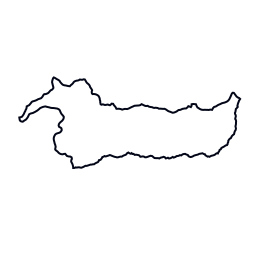 Nova Ponte, Minas Gerais, Brazil, rotated 275°
{"feature_id": "56859067B80558453593269", "entity_name": "Nova Ponte", "entity_type": "district", "adm_level": 2, "iso_a3": "BRA", "parent_name": "Brazil", "parent_adm1": "Minas Gerais", "projection": "orthographic", "projection_center": [-47.697, -19.247], "detail": "fine", "context": "isolated", "style": "outline", "palette": "ink", "viewbox_px": 256, "rotation_deg": 275, "n_neighbors": 0, "source": "geoboundaries", "source_scale": "gbopen_adm2", "svg_char_len": 5879}
<svg xmlns="http://www.w3.org/2000/svg" viewBox="0 0 256 256"><g transform="rotate(275 128 128)"><path d="M129.0,18.8L127.8,19.1L126.4,19.5L125.5,20.3L125.2,21.2L125.1,22.6L126.0,23.6L126.7,24.5L127.5,25.6L128.9,26.6L130.2,27.3L131.8,27.9L133.1,28.4L133.9,29.7L134.4,31.1L134.7,32.0L135.4,33.1L136.0,34.1L136.6,34.9L137.3,35.9L138.1,36.8L139.1,37.8L140.2,38.8L140.8,39.9L141.5,41.2L142.0,42.7L142.3,43.9L142.0,45.3L141.7,47.6L141.4,49.1L141.3,50.7L141.4,51.8L141.3,54.1L141.2,55.7L140.7,57.3L139.7,58.5L138.5,59.1L137.2,59.8L136.0,60.7L135.2,61.6L134.5,62.3L133.7,63.0L132.6,63.1L131.5,62.9L130.6,62.5L129.4,61.7L128.5,60.8L127.7,60.0L126.9,59.4L125.8,58.8L124.3,58.7L123.2,59.2L122.6,60.6L122.1,61.5L121.1,62.0L119.8,62.1L118.9,61.6L118.0,61.0L117.3,60.0L116.7,58.5L116.1,57.1L115.2,56.1L114.2,55.6L112.8,55.1L111.6,54.9L110.4,55.0L109.4,55.2L108.6,55.5L107.5,55.9L106.2,56.3L104.8,57.0L103.8,57.3L102.9,57.6L101.7,57.4L100.5,57.3L99.7,57.8L99.0,58.9L98.3,60.0L97.4,60.9L96.8,61.8L96.3,62.9L96.1,64.1L96.1,65.3L96.6,66.4L96.8,67.7L96.0,68.5L94.9,69.5L94.5,71.2L94.5,73.1L93.8,74.4L92.3,74.8L91.0,74.3L89.7,74.3L88.7,74.8L87.8,75.5L86.7,76.0L85.7,76.4L84.8,76.7L83.4,76.9L83.6,78.4L84.2,79.2L84.1,80.5L84.5,81.7L84.6,82.9L84.4,83.8L84.4,85.1L85.1,86.5L85.9,87.8L86.6,88.8L86.7,90.2L87.3,91.7L87.9,93.0L88.3,93.9L88.4,95.0L88.8,96.2L88.9,97.3L89.7,98.2L90.6,99.5L91.3,100.9L92.2,101.6L93.4,101.8L93.9,103.4L94.9,104.1L95.7,104.6L96.8,105.0L97.3,106.2L98.0,107.0L97.7,108.2L98.1,109.2L98.8,110.9L99.5,112.3L99.2,113.5L98.8,114.7L98.4,116.1L98.1,117.3L98.0,118.4L97.8,119.4L97.9,120.5L98.5,122.0L98.9,123.2L98.9,124.3L99.6,125.1L100.3,126.2L100.8,127.4L101.4,128.4L102.9,129.4L103.6,130.5L103.0,131.5L102.6,132.9L103.3,133.8L102.5,134.6L102.7,135.8L101.8,137.0L102.1,138.4L102.0,140.0L101.8,141.3L101.2,142.1L100.4,142.8L100.6,143.7L101.0,145.1L100.9,146.3L100.3,147.6L100.5,148.9L101.0,150.1L101.7,151.5L102.3,152.9L102.1,154.6L101.2,155.8L100.4,157.0L100.4,158.7L100.6,160.6L100.4,161.9L101.3,163.1L101.8,164.7L102.4,165.9L102.1,167.2L101.0,168.3L101.4,169.4L101.9,170.4L101.2,171.5L101.7,173.1L102.5,174.3L103.1,175.1L102.5,176.1L103.0,177.1L103.3,177.9L104.2,178.7L104.4,179.7L104.7,180.9L105.5,182.1L105.3,183.4L106.1,184.2L106.7,185.1L107.0,186.0L107.2,187.2L106.7,188.3L106.5,189.2L106.2,190.1L105.2,190.7L104.8,191.7L104.5,192.7L104.7,193.6L105.2,194.7L105.7,195.5L106.3,196.3L106.9,197.8L107.4,199.3L107.8,200.3L108.4,201.1L108.8,202.6L109.3,204.4L108.7,205.7L108.5,207.0L107.5,207.5L107.1,208.6L106.4,209.7L106.7,210.8L106.4,211.7L107.0,212.5L107.6,213.5L107.9,214.5L108.3,215.6L108.9,216.8L109.7,217.5L110.5,218.5L110.5,219.8L111.4,219.9L112.6,220.8L114.2,221.2L114.9,222.3L116.1,222.7L116.9,223.7L117.6,224.9L118.4,225.9L119.2,226.9L119.6,228.1L120.5,228.6L121.5,228.6L122.8,229.1L124.0,229.0L125.2,229.6L126.3,230.4L126.8,231.3L127.7,231.7L128.7,232.0L129.9,232.9L131.1,234.2L132.8,234.4L134.1,234.7L135.4,235.4L136.8,235.6L138.2,235.2L139.2,234.9L140.1,235.1L141.4,235.2L142.9,235.1L144.3,235.1L145.4,234.7L146.4,234.0L147.9,234.2L149.2,234.4L150.5,234.0L151.4,233.4L152.4,233.2L153.4,233.6L154.6,233.7L156.3,233.8L157.3,234.6L158.6,235.5L159.5,235.0L160.4,235.2L161.4,235.3L162.6,235.6L163.5,235.9L164.5,236.1L165.4,236.5L166.7,237.2L167.5,236.2L167.8,235.2L168.3,234.2L168.9,233.3L170.0,232.4L170.8,231.6L171.5,231.1L172.2,230.4L172.3,229.4L171.6,228.6L170.6,228.2L169.3,227.8L168.4,227.5L167.3,227.1L166.2,226.7L165.3,226.3L164.2,225.6L163.3,224.7L162.7,223.9L162.2,222.9L161.7,221.9L161.3,220.6L160.7,219.1L160.0,218.1L159.4,216.9L158.8,215.8L158.1,214.9L157.1,213.6L156.5,212.0L155.3,211.0L153.4,210.2L153.5,208.3L153.0,206.9L153.0,205.5L152.9,204.3L152.8,202.6L152.6,201.5L152.6,200.1L152.9,198.7L153.3,197.7L154.0,196.5L154.5,195.4L156.0,194.4L157.6,193.6L157.6,191.9L157.6,190.7L157.2,189.3L155.6,189.4L154.3,188.8L154.7,187.6L155.0,186.2L153.8,185.5L152.5,184.1L152.4,182.6L152.0,181.5L151.8,180.5L151.2,179.6L150.6,178.4L150.3,176.8L149.6,176.0L148.8,175.1L148.0,173.8L147.4,172.5L147.1,171.1L147.4,170.0L147.8,168.8L148.0,167.8L148.4,166.5L149.1,165.3L149.8,164.1L150.3,162.8L150.1,161.4L150.1,159.7L150.1,158.4L149.9,157.2L150.5,155.8L150.6,153.7L150.3,152.4L150.4,151.4L150.8,150.3L150.9,148.6L151.1,147.0L151.8,145.7L151.5,144.3L151.5,143.3L151.8,142.4L152.2,141.3L152.6,140.4L152.9,139.4L151.9,138.3L151.4,136.9L151.2,135.6L151.0,134.2L150.7,132.5L150.0,131.3L149.3,130.0L148.3,128.3L147.5,127.1L146.8,125.5L146.8,124.2L146.7,123.0L146.2,121.6L145.8,120.6L146.2,119.3L146.4,117.3L146.2,115.8L146.1,114.8L147.4,114.0L148.2,113.4L148.8,112.7L149.7,111.8L150.8,111.1L150.8,109.5L149.9,108.9L149.1,108.0L149.3,106.9L149.6,105.8L149.2,104.3L148.9,103.1L149.1,102.1L149.4,100.9L148.9,99.7L149.2,98.7L150.2,98.4L151.1,98.1L152.4,98.0L153.5,97.5L154.7,97.3L155.9,96.8L157.2,96.0L158.0,94.9L158.5,93.7L158.8,92.5L158.9,91.1L158.7,89.9L159.2,89.1L160.2,88.8L161.1,88.7L162.5,89.0L163.4,88.4L164.4,87.6L165.5,86.7L166.9,86.1L167.7,85.4L168.4,84.6L168.9,83.8L169.5,83.0L170.5,82.2L171.5,81.6L172.6,80.7L172.6,79.4L172.1,78.5L172.0,77.3L172.1,75.8L171.3,74.8L170.9,73.8L170.7,72.7L170.3,71.7L169.7,70.6L168.8,69.8L167.8,69.3L166.6,68.3L165.8,67.4L164.5,66.4L164.6,64.6L164.9,62.5L165.0,61.0L165.2,59.8L165.8,58.7L166.7,57.7L167.6,56.7L168.8,55.9L169.5,55.0L170.1,53.8L170.6,52.5L171.3,51.3L171.9,49.7L171.0,49.0L169.7,48.7L168.1,48.4L166.8,48.4L165.8,48.8L164.5,49.2L163.2,49.7L162.3,50.0L161.4,50.2L160.3,49.6L159.3,48.7L158.9,47.8L157.8,46.9L156.4,45.9L155.7,45.2L155.1,44.1L154.6,43.0L154.4,41.6L153.4,40.8L152.2,40.3L151.3,39.8L150.1,38.8L149.5,37.5L148.8,35.9L148.1,34.9L147.4,33.7L146.9,32.6L146.5,31.6L146.1,30.5L145.4,29.7L144.5,29.2L143.2,28.3L142.2,27.6L141.5,26.5L140.7,25.2L139.1,25.2L137.9,24.9L136.9,24.4L135.9,24.2L134.7,23.6L133.4,23.2L132.4,22.8L131.2,22.1L130.1,21.5L129.4,20.2L129.0,18.8Z" fill="none" stroke="#020617" stroke-width="2"/></g></svg>